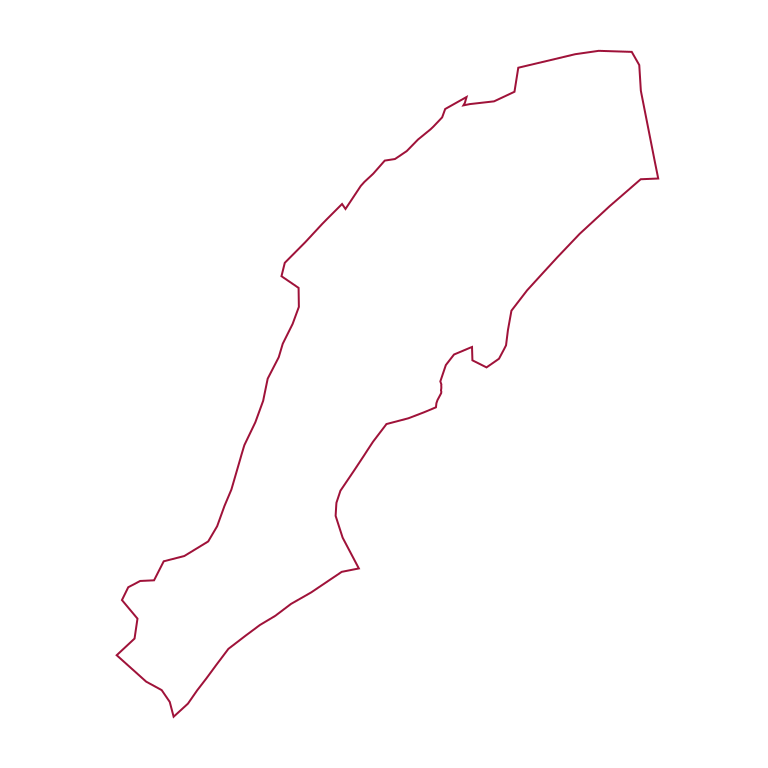 Yenegoa, Bayelsa, Nigeria (Mercator projection), rotated 174°
{"feature_id": "59680162B64829234996535", "entity_name": "Yenegoa", "entity_type": "district", "adm_level": 2, "iso_a3": "NGA", "parent_name": "Nigeria", "parent_adm1": "Bayelsa", "projection": "mercator", "projection_center": [6.364, 5.065], "detail": "fine", "context": "isolated", "style": "outline", "palette": "rose", "viewbox_px": 768, "rotation_deg": 174, "n_neighbors": 0, "source": "geoboundaries", "source_scale": "gbopen_adm2", "svg_char_len": 1657}
<svg xmlns="http://www.w3.org/2000/svg" viewBox="0 0 768 768"><g transform="rotate(174 384 384)"><path d="M217.4,684.5L223.7,661.0L245.0,653.6L269.4,653.4L275.9,652.8L274.2,655.1L271.9,660.8L294.4,651.1L298.3,643.1L308.0,634.8L311.0,632.5L324.6,623.6L337.0,613.3L349.6,606.6L359.9,606.1L372.7,594.3L382.4,587.0L386.4,583.4L404.0,562.1L406.9,567.4L423.7,553.8L428.9,549.5L447.2,533.5L470.0,514.9L474.7,501.9L458.9,488.5L460.6,469.6L468.6,453.3L480.5,434.6L485.9,421.6L499.1,401.5L505.1,382.6L505.9,380.0L516.0,359.3L529.2,337.9L529.9,336.3L533.2,328.4L534.6,324.9L546.8,295.0L555.4,279.4L564.8,260.0L575.3,245.8L600.6,233.8L621.6,230.7L633.2,212.8L647.1,213.6L659.6,208.6L667.2,196.5L653.7,176.4L658.7,156.9L678.2,142.2L651.7,112.9L651.3,112.6L637.1,102.8L630.3,90.2L628.0,75.1L612.4,86.6L601.8,98.9L591.4,109.8L580.2,122.1L577.4,125.1L566.4,136.9L547.6,148.4L532.6,157.3L516.4,164.8L499.5,175.0L478.1,184.4L445.7,201.6L428.3,203.2L441.2,235.5L445.9,257.9L444.2,268.2L443.7,270.9L438.4,282.6L437.9,283.1L422.6,301.3L411.4,314.9L407.7,319.5L400.9,327.8L386.1,343.5L385.8,343.9L363.7,347.3L363.2,347.4L351.2,350.6L347.1,351.7L334.8,355.4L334.3,357.5L333.9,359.4L332.5,362.4L328.1,368.9L327.8,370.5L328.0,371.8L327.6,373.1L327.4,374.1L327.3,375.0L327.2,376.7L327.0,377.6L327.7,380.7L320.5,396.4L311.3,406.0L294.8,411.0L292.6,411.6L293.6,398.3L280.3,389.8L267.0,397.1L261.0,406.0L258.6,409.7L255.1,424.7L249.6,443.6L231.9,462.2L213.9,478.2L198.5,491.8L173.7,512.9L141.1,537.2L107.3,560.8L89.8,559.7L91.4,576.6L97.7,646.4L97.9,649.0L96.8,674.5L101.8,685.9L102.9,688.4L135.6,692.9L159.4,692.0L217.4,684.5Z" fill="none" stroke="#9f1239" stroke-width="2"/></g></svg>